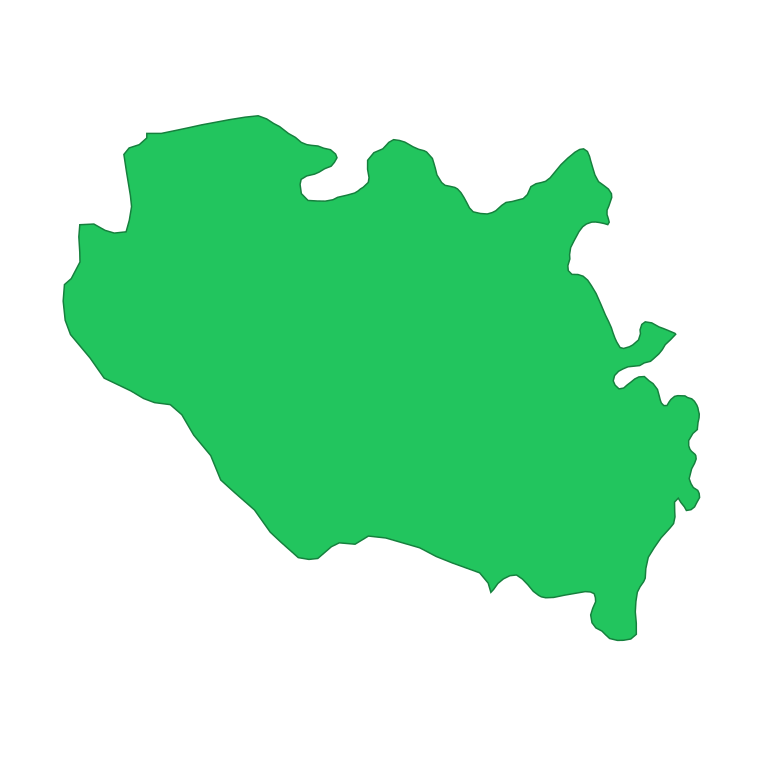 Malaryta, Brest, Belarus, rotated 84°
{"feature_id": "67162791B17752609820062", "entity_name": "Malaryta", "entity_type": "district", "adm_level": 2, "iso_a3": "BLR", "parent_name": "Belarus", "parent_adm1": "Brest", "projection": "mercator", "projection_center": [24.072, 51.803], "detail": "fine", "context": "isolated", "style": "filled", "palette": "green", "viewbox_px": 768, "rotation_deg": 84, "n_neighbors": 0, "source": "geoboundaries", "source_scale": "gbopen_adm2", "svg_char_len": 3983}
<svg xmlns="http://www.w3.org/2000/svg" viewBox="0 0 768 768"><g transform="rotate(84 384 384)"><path d="M110.0,593.7L114.5,594.2L120.4,602.4L122.6,612.8L128.5,618.7L146.3,617.9L170.1,616.5L181.2,616.5L194.6,620.2L205.7,624.6L205.7,636.5L202.0,645.4L194.6,655.8L193.8,669.9L205.7,672.1L221.3,672.8L230.9,673.6L246.5,684.0L251.7,691.4L268.0,694.4L287.3,694.4L302.1,690.6L327.4,673.6L348.9,661.7L364.4,636.5L373.3,624.6L378.5,614.2L382.2,598.7L393.4,588.3L414.9,578.6L437.1,563.8L462.4,556.4L476.5,543.8L495.7,526.0L519.5,512.6L530.6,503.0L547.7,487.4L550.6,477.0L550.6,468.1L540.3,453.3L537.3,445.1L540.3,429.5L533.6,415.4L537.3,398.4L550.6,365.7L561.0,350.1L569.2,334.6L581.8,308.6L592.9,301.2L602.4,299.5L599.8,296.5L594.3,291.6L590.3,285.6L587.8,278.8L587.8,272.2L592.4,266.8L598.7,261.9L605.8,257.2L610.4,252.3L612.1,249.8L613.5,245.5L614.0,237.6L612.9,226.6L611.5,205.6L612.4,200.4L614.5,196.9L618.6,196.1L622.7,196.3L629.0,199.9L635.3,202.6L643.2,202.1L648.7,198.8L652.5,193.1L656.6,189.8L660.7,186.2L663.4,178.6L663.9,172.6L663.4,165.2L659.3,159.2L654.1,158.7L648.4,158.1L636.9,157.9L626.6,156.2L617.5,153.8L612.4,150.5L607.7,146.4L604.4,144.5L600.9,143.9L594.9,142.9L584.0,139.3L575.2,132.5L566.0,124.6L557.0,114.5L553.1,110.6L546.6,108.5L541.1,108.2L531.8,107.4L528.3,103.3L532.9,101.1L537.6,98.1L541.4,96.5L541.1,91.8L538.7,88.0L534.6,85.3L529.9,82.0L525.8,82.0L522.6,83.1L519.3,87.2L515.2,89.1L510.0,90.4L500.5,86.9L495.3,83.4L491.2,81.4L487.9,81.4L486.5,82.0L483.0,85.3L480.8,86.6L477.3,87.4L472.1,86.9L465.5,82.0L462.0,77.1L461.1,77.0L455.0,75.7L450.6,74.2L446.8,73.6L443.5,74.1L440.6,74.3L437.7,75.1L433.6,77.1L430.9,79.5L429.2,83.5L427.3,85.9L426.3,93.1L426.7,96.3L429.3,100.2L431.6,102.3L435.0,104.8L434.7,108.0L431.8,110.2L428.5,111.0L424.8,111.5L418.0,112.6L411.7,116.4L408.7,119.9L403.8,124.3L403.6,129.8L405.2,134.1L407.9,138.2L410.4,142.3L413.1,146.1L413.4,150.8L409.3,154.3L404.9,155.7L399.7,153.8L395.9,149.4L394.0,144.8L392.4,139.6L392.4,133.3L392.4,127.8L390.2,122.9L389.3,116.6L387.4,113.8L382.7,107.4L379.0,103.7L374.3,100.2L369.9,94.4L365.0,88.7L364.0,89.4L360.4,95.9L357.9,100.6L356.0,104.5L354.1,107.2L351.2,111.3L349.5,117.7L351.7,121.4L356.9,123.7L360.9,123.7L366.8,126.3L371.2,132.6L372.6,136.0L373.7,142.0L372.4,145.4L366.7,148.1L362.6,149.5L357.1,150.9L351.8,152.0L345.1,154.2L338.6,156.6L327.7,159.9L316.2,163.6L307.8,167.5L302.0,170.6L297.6,174.7L295.4,179.6L294.6,185.7L290.5,188.9L285.6,188.8L279.1,186.1L274.6,185.9L267.8,184.1L261.4,180.0L256.6,176.7L252.9,174.2L248.4,170.0L246.0,165.9L244.7,160.5L245.0,156.7L245.9,153.0L247.4,148.3L248.9,144.8L246.6,143.1L243.8,143.5L241.6,143.9L238.8,144.5L234.4,144.0L230.5,141.8L222.3,138.0L218.5,137.9L213.6,140.4L209.4,144.8L205.2,149.5L198.1,152.4L191.9,153.6L183.2,155.2L179.1,155.8L174.0,157.4L171.0,160.9L171.2,164.9L173.5,170.0L175.9,173.5L178.5,177.5L184.4,185.1L190.3,191.1L196.3,197.2L199.3,202.1L200.1,206.5L200.7,211.9L203.1,217.3L206.6,219.3L210.6,221.6L214.2,226.2L214.7,229.7L215.9,237.5L216.2,243.7L218.7,248.3L223.4,254.7L224.8,258.4L225.7,263.5L224.5,270.3L222.1,277.3L217.8,280.6L212.4,282.7L206.6,285.1L201.7,287.5L197.7,290.5L195.9,293.0L194.1,298.3L192.8,302.5L189.7,305.6L181.6,309.5L175.0,310.4L169.8,311.3L164.7,312.3L161.7,314.5L157.7,317.4L156.2,319.7L154.2,325.0L151.1,330.4L148.6,333.8L145.6,338.0L143.4,343.2L142.0,348.9L144.2,354.0L146.4,356.4L150.0,360.6L152.9,369.9L159.8,376.9L168.7,377.9L177.2,377.3L181.9,378.6L186.1,384.0L187.6,387.1L189.3,389.6L191.0,393.2L192.3,400.9L193.5,410.6L195.4,415.5L196.0,423.3L195.0,431.4L193.5,440.4L186.0,446.3L176.7,446.6L171.8,445.0L169.0,439.1L168.0,431.1L166.5,426.4L163.7,420.5L161.8,413.7L158.4,410.2L154.1,407.1L150.3,408.1L145.4,412.7L143.2,419.3L140.4,424.8L139.1,431.1L137.9,435.7L135.1,441.0L129.5,446.3L124.9,452.8L117.1,460.9L113.4,466.5L108.1,473.0L104.1,481.1L104.1,494.1L105.0,510.6L105.9,521.7L107.2,538.2L108.7,551.5L110.0,564.0L111.5,579.2L110.0,593.7Z" fill="#22c55e" stroke="#15803d" stroke-width="1.5"/></g></svg>